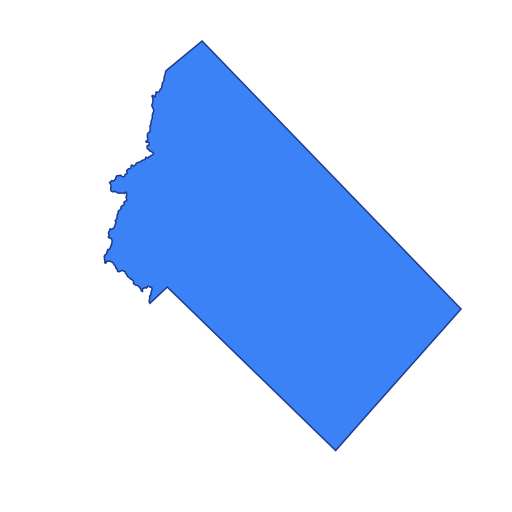 outline of Montana, rotated 48°
{"feature_id": "USA-3515", "entity_name": "Montana", "entity_type": "State", "adm_level": 1, "iso_a3": "USA", "parent_name": "United States of America", "parent_adm1": "", "projection": "albers", "projection_center": [-112.826, 46.685], "detail": "fine", "context": "isolated", "style": "filled", "palette": "blue", "viewbox_px": 512, "rotation_deg": 48, "n_neighbors": 0, "source": "natural_earth", "source_scale": "10m", "svg_char_len": 5956}
<svg xmlns="http://www.w3.org/2000/svg" viewBox="0 0 512 512"><g transform="rotate(48 256 256)"><path d="M60.1,152.2L432.6,139.1L433.6,148.0L447.7,273.7L453.5,323.7L453.9,327.0L219.7,342.7L220.2,366.5L218.7,366.1L218.1,365.7L217.1,364.5L216.5,363.5L216.1,363.0L215.7,362.7L215.2,362.4L214.7,362.0L214.5,361.4L214.4,360.2L214.3,359.9L214.1,359.6L213.5,359.3L213.3,359.1L213.0,358.5L211.6,356.4L211.3,355.6L211.0,355.3L209.7,354.6L209.3,354.5L209.0,354.6L208.9,354.7L208.5,355.4L208.3,355.6L206.9,355.9L206.5,356.2L206.1,356.5L206.0,357.0L206.5,358.0L206.5,358.8L206.2,359.1L205.3,359.5L205.2,359.7L205.1,359.9L205.1,360.4L204.8,361.1L204.7,361.7L204.7,362.2L204.8,362.7L205.0,363.0L205.2,363.3L206.2,363.7L206.4,363.8L206.5,364.0L206.3,364.3L205.4,364.5L205.1,364.5L203.4,363.7L203.0,363.6L199.3,363.6L198.8,363.7L197.1,364.9L195.9,365.1L194.9,365.5L194.6,365.5L194.3,365.4L194.1,365.3L193.6,364.5L193.4,364.3L192.5,363.9L191.1,363.9L190.5,364.0L190.1,364.3L189.7,364.4L189.1,364.6L188.6,364.5L185.3,365.1L185.0,365.1L184.2,364.7L183.2,364.5L181.5,364.5L181.2,364.4L180.7,364.0L180.2,363.7L179.9,363.7L179.7,363.8L179.2,364.3L177.6,364.9L177.0,365.3L176.8,365.7L176.6,366.8L176.0,368.4L175.8,368.6L175.5,368.8L175.0,369.0L174.3,369.0L173.4,368.3L172.8,368.1L171.1,368.2L170.6,367.7L170.4,367.6L166.3,367.1L165.1,366.8L164.5,366.9L163.7,367.4L162.7,367.6L160.6,369.7L160.3,370.1L160.2,370.6L160.2,370.9L160.2,371.1L160.8,372.1L160.8,372.4L160.6,372.6L160.1,372.9L159.8,372.9L159.6,372.8L158.6,371.5L158.4,371.3L156.9,370.8L156.7,370.7L155.8,369.6L154.6,369.0L154.5,368.7L154.4,368.0L154.1,367.3L154.1,367.1L154.2,366.6L154.5,365.8L154.6,365.6L154.5,365.3L154.2,365.1L153.4,364.6L153.2,364.3L153.2,363.8L153.1,363.3L152.2,362.3L152.1,362.1L152.0,361.9L152.0,361.7L152.2,361.4L152.8,360.8L152.9,360.6L152.9,360.3L152.8,359.9L152.2,358.6L151.8,357.7L151.3,357.0L150.9,355.8L150.2,354.9L149.6,354.0L149.0,353.3L148.2,352.6L147.3,352.2L146.5,352.0L146.0,351.9L145.5,352.1L144.4,353.0L143.5,353.2L143.2,353.1L143.0,352.9L142.8,351.9L142.1,351.3L140.5,350.5L140.1,350.2L139.8,349.8L139.6,349.4L139.2,348.0L138.7,347.2L138.4,346.9L138.2,346.5L138.3,346.2L139.2,345.6L139.5,345.3L139.6,345.0L139.7,344.8L140.0,343.3L139.8,342.3L139.1,340.5L138.0,338.9L137.9,338.7L137.7,337.9L137.5,337.5L137.3,337.4L136.1,337.4L135.8,337.3L135.7,337.1L135.6,336.3L135.5,336.1L135.1,335.3L134.9,334.3L134.6,333.6L134.1,333.1L133.6,332.7L132.9,331.9L132.4,331.4L132.2,331.1L132.1,330.1L131.7,329.6L130.9,329.0L130.6,328.6L130.5,328.4L130.5,327.8L130.6,327.0L130.7,325.2L130.5,324.9L130.3,324.6L129.4,323.8L129.2,323.5L129.2,322.9L129.0,322.5L129.1,321.9L129.4,321.2L129.5,320.6L129.4,319.5L129.3,319.2L129.0,318.8L127.9,318.4L127.7,318.1L127.6,317.8L127.7,316.9L127.8,316.4L128.3,315.5L128.3,315.3L128.1,314.8L127.8,314.4L127.3,314.1L125.6,313.4L125.2,313.2L125.0,312.4L124.8,312.0L124.0,311.2L122.8,310.3L121.7,309.8L121.4,310.0L121.3,310.4L121.3,310.9L121.5,311.7L121.5,311.9L121.4,312.1L121.2,312.3L120.1,312.7L119.7,313.0L119.0,314.3L118.1,315.0L117.8,315.7L117.7,315.9L116.2,316.6L115.2,317.2L114.4,317.1L113.9,317.3L113.7,317.4L113.4,317.8L113.0,319.0L112.8,319.2L111.4,320.0L111.0,320.1L110.3,320.0L109.9,319.9L109.7,319.7L109.4,319.2L107.9,318.3L107.7,318.0L107.6,317.5L107.4,317.2L106.4,316.4L104.5,315.9L103.4,315.8L103.2,315.6L103.6,314.9L103.8,314.4L103.7,314.1L103.4,313.4L103.4,313.1L103.4,312.8L104.3,312.1L104.7,311.6L104.9,311.3L105.0,310.9L105.0,310.6L104.9,309.9L105.1,309.4L105.0,309.1L104.8,308.8L103.8,307.6L103.6,306.7L103.3,306.2L103.2,305.9L103.3,305.7L104.0,305.0L104.4,304.1L105.2,302.8L105.7,302.4L107.1,302.4L107.6,302.2L108.6,301.3L108.7,301.1L108.8,300.8L108.7,300.5L108.0,299.3L107.9,298.8L107.9,298.6L107.9,298.0L108.4,297.1L108.4,296.8L108.4,296.5L108.3,296.2L106.4,295.4L106.1,295.1L106.0,294.8L106.2,294.3L106.1,294.0L105.9,293.5L105.8,293.1L105.8,292.8L106.0,292.3L106.8,291.1L106.8,290.8L106.9,290.3L106.7,289.9L105.4,288.4L105.2,288.1L105.2,287.9L105.3,287.4L105.5,287.2L107.1,286.9L107.3,286.8L107.5,286.4L107.6,285.9L107.4,284.3L107.2,283.5L107.0,282.9L106.9,282.7L107.0,282.5L107.5,281.6L107.6,280.8L107.8,280.3L108.6,279.1L108.7,278.5L108.6,278.0L108.6,277.4L108.7,276.8L108.9,276.3L109.7,274.6L109.8,274.0L109.8,273.7L109.8,273.2L109.5,272.7L109.1,272.1L108.9,271.8L109.0,271.6L110.2,271.0L110.6,270.8L110.9,270.4L111.0,270.2L110.7,269.3L110.8,268.8L111.1,268.1L111.2,267.9L111.1,267.1L111.1,266.8L111.4,266.1L111.5,265.5L111.6,264.7L111.5,264.1L111.4,263.7L111.2,263.6L110.9,263.4L110.4,263.4L108.2,264.0L107.4,264.4L106.8,264.7L106.3,264.7L105.5,264.5L104.6,264.8L103.6,264.9L102.8,264.5L102.0,264.0L101.4,263.4L101.3,262.9L101.3,262.7L101.4,262.4L101.9,261.9L102.0,261.6L101.9,261.2L101.4,260.5L100.6,259.9L100.1,259.7L99.7,259.8L98.9,260.3L98.2,261.3L97.7,261.4L97.4,261.3L97.2,261.2L97.1,260.9L97.2,260.7L97.4,259.5L97.4,259.2L97.4,258.9L97.3,258.6L96.9,258.2L96.0,257.9L95.5,257.6L94.3,256.4L93.4,255.8L92.9,255.3L92.6,254.6L92.4,253.6L92.4,252.8L92.6,251.7L92.6,251.4L92.4,251.2L91.3,250.4L90.0,248.7L89.8,248.6L88.7,248.2L88.4,247.8L88.1,246.5L85.3,243.2L84.9,242.0L84.0,240.7L83.7,240.4L82.8,239.7L82.0,238.7L81.3,238.1L81.2,237.9L81.0,237.2L80.5,236.4L80.3,235.7L79.9,235.1L79.7,234.8L79.4,234.6L76.6,233.4L74.9,233.0L74.5,232.8L74.1,232.4L73.5,231.1L73.0,230.3L71.8,228.7L69.4,227.0L68.2,226.6L67.6,226.3L67.4,226.0L67.4,225.8L67.4,225.5L67.5,225.4L67.8,225.2L69.6,225.0L70.0,224.8L70.1,224.6L70.2,224.3L70.1,224.0L69.0,223.3L68.8,222.3L68.6,221.8L68.3,221.5L67.5,220.9L67.4,220.6L67.3,220.4L67.5,220.2L68.5,219.6L68.8,219.3L68.9,219.1L69.2,218.4L69.2,218.0L69.0,217.4L68.2,216.0L68.0,215.6L68.1,214.5L68.0,213.8L67.9,213.4L67.6,213.2L66.7,212.5L66.6,212.2L66.4,211.6L66.3,211.2L65.1,210.3L64.9,210.1L64.8,209.8L64.3,207.5L64.0,206.8L63.7,206.6L63.0,206.1L62.1,204.9L61.5,204.3L61.1,203.6L60.4,202.5L60.0,201.7L59.1,200.5L58.5,199.8L58.2,199.3L58.1,199.0L60.1,152.2Z" fill="#3b82f6" stroke="#1e3a8a" stroke-width="1.5"/></g></svg>